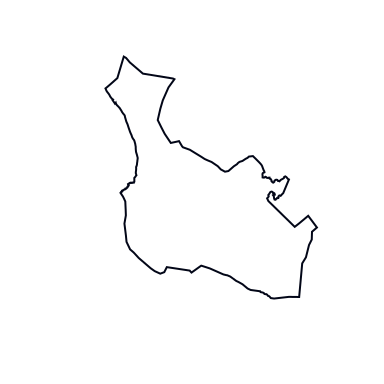 Argungu, Kebbi, Nigeria (Mercator projection), rotated 232°
{"feature_id": "59680162B80605638185127", "entity_name": "Argungu", "entity_type": "district", "adm_level": 2, "iso_a3": "NGA", "parent_name": "Nigeria", "parent_adm1": "Kebbi", "projection": "mercator", "projection_center": [4.517, 12.694], "detail": "fine", "context": "isolated", "style": "outline", "palette": "ink", "viewbox_px": 384, "rotation_deg": 232, "n_neighbors": 0, "source": "geoboundaries", "source_scale": "gbopen_adm2", "svg_char_len": 5157}
<svg xmlns="http://www.w3.org/2000/svg" viewBox="0 0 384 384"><g transform="rotate(232 192 192)"><path d="M184.9,107.9L180.2,108.8L172.7,109.4L157.3,112.5L152.6,113.9L147.2,116.7L145.9,120.8L148.3,125.9L131.5,141.8L129.6,141.9L128.8,142.0L128.3,153.8L128.2,154.0L120.8,159.0L107.7,166.0L105.4,167.8L104.7,168.5L101.8,170.1L94.7,172.1L92.5,173.2L88.2,175.0L81.7,176.4L78.7,177.9L71.8,184.6L70.9,184.4L69.2,185.9L68.1,186.4L67.1,186.3L66.1,187.1L65.7,187.7L64.8,188.0L63.5,187.9L62.2,188.7L59.9,188.8L57.5,191.1L49.7,203.8L43.3,211.8L67.9,234.9L70.4,241.6L78.2,251.6L80.8,257.1L86.8,262.1L87.1,268.6L101.7,268.9L101.3,256.9L101.3,251.5L137.8,246.6L140.8,247.3L140.9,248.2L141.2,249.5L141.5,249.9L142.6,250.2L142.9,251.3L143.2,252.4L143.6,253.1L143.7,254.0L143.2,255.1L142.3,255.5L141.4,255.2L140.8,255.8L140.4,256.1L139.5,255.9L138.9,255.6L139.1,255.1L139.7,254.6L139.7,253.9L138.9,253.9L138.2,253.8L137.3,253.3L136.3,252.7L135.2,252.4L134.5,253.1L134.8,253.8L134.6,254.4L134.9,255.2L134.1,256.3L134.3,256.8L135.3,257.3L135.5,258.7L135.1,259.2L134.4,259.5L134.5,260.3L134.8,261.6L134.9,263.1L142.2,276.1L143.3,275.6L144.6,275.6L145.8,275.5L146.9,275.1L147.1,273.9L146.4,273.0L146.5,271.7L146.9,269.4L146.6,267.5L147.4,267.1L147.7,266.6L148.4,266.6L149.0,266.7L149.8,266.0L150.1,265.3L150.1,264.7L150.1,263.9L149.4,263.2L149.3,262.2L149.4,261.7L150.1,261.5L151.1,261.3L151.6,261.3L152.1,261.8L153.0,261.9L154.1,262.0L154.3,261.6L155.0,261.4L155.4,261.5L155.7,261.8L156.0,261.4L156.2,261.1L156.3,260.4L157.0,259.9L157.4,259.5L158.1,259.6L158.8,259.2L158.9,258.4L158.9,257.8L159.5,257.0L160.0,256.6L161.3,257.6L162.7,258.5L163.2,259.2L163.3,259.9L163.2,260.2L162.9,261.2L163.8,261.7L165.1,261.9L167.7,262.7L169.2,263.2L170.4,263.4L171.8,263.4L174.2,263.2L179.2,262.6L182.8,262.1L184.9,258.6L184.7,256.8L185.1,254.8L185.4,250.9L186.5,247.9L186.5,245.8L186.2,244.6L186.5,240.9L186.1,233.6L187.7,230.5L192.1,228.6L196.5,228.2L203.6,225.9L207.5,223.7L210.2,222.3L214.0,221.0L220.4,218.6L226.6,216.3L232.8,212.4L234.1,212.3L240.1,213.1L240.8,211.5L243.7,205.5L254.7,206.3L261.6,207.6L269.8,209.3L277.1,218.3L282.2,225.4L288.9,237.9L291.7,247.6L293.1,246.9L315.5,226.2L327.4,223.8L332.4,222.8L338.2,222.6L340.7,221.6L327.7,203.3L327.1,193.4L326.9,188.8L326.9,187.8L326.9,187.6L326.4,187.5L325.6,187.2L325.0,187.1L324.3,186.9L323.3,186.8L322.6,186.8L321.4,186.8L320.5,186.8L319.5,186.7L318.8,186.6L318.0,186.4L317.2,186.3L316.2,186.3L315.1,186.3L314.2,186.5L313.5,186.7L313.4,186.0L310.6,185.8L310.1,185.8L309.1,185.7L309.3,186.8L309.1,186.7L308.7,186.6L308.2,186.5L307.8,186.4L307.3,186.3L306.8,186.3L306.5,186.3L306.1,186.4L305.6,186.4L305.1,186.5L304.6,186.6L304.0,186.6L303.4,186.6L302.9,186.7L302.3,186.7L301.8,186.6L301.4,186.6L301.0,186.5L300.5,186.5L299.5,186.4L298.5,186.2L297.9,186.1L297.2,186.1L296.2,186.0L295.5,186.1L294.5,186.1L294.0,186.1L293.7,186.0L293.3,185.9L292.4,185.4L291.4,185.0L287.9,183.6L287.1,183.4L286.7,183.3L286.3,183.2L285.1,182.9L282.4,181.9L281.0,181.4L278.9,180.7L278.1,180.4L277.4,180.2L277.2,180.1L276.7,180.0L276.0,179.8L275.6,179.7L275.2,179.6L274.6,179.5L274.2,179.4L273.8,179.2L273.3,179.1L272.9,178.9L272.4,178.7L271.9,178.6L271.5,178.5L271.0,178.4L270.6,178.4L270.2,178.3L269.6,178.3L269.0,178.3L268.6,178.3L268.2,178.2L267.6,178.0L267.1,177.8L266.6,177.6L265.9,177.3L264.9,176.9L264.2,176.5L263.8,176.3L263.1,175.9L262.3,175.5L261.4,174.8L260.6,174.2L259.5,173.5L258.1,172.6L256.8,172.1L255.0,171.4L253.9,170.9L253.2,170.6L252.5,170.3L251.9,169.9L251.5,169.4L251.0,169.0L250.4,168.3L249.6,167.6L248.7,166.6L247.4,165.4L246.9,164.7L246.5,164.2L246.4,163.8L246.1,163.4L245.9,163.2L245.5,162.9L244.8,162.4L244.2,161.9L243.7,161.4L243.1,160.9L242.6,160.3L242.0,159.8L241.6,159.4L241.4,159.3L241.2,159.2L240.6,159.0L240.0,158.7L239.4,158.5L239.3,157.8L238.9,156.8L238.6,155.2L235.6,152.9L235.2,151.9L235.5,151.8L235.7,151.7L235.8,151.5L235.9,151.3L236.0,151.1L236.0,150.9L236.1,150.7L236.0,150.4L236.1,150.2L236.3,150.0L236.5,150.0L236.6,149.9L236.9,149.8L237.0,149.6L237.1,149.3L237.2,149.2L237.3,149.1L237.3,148.9L237.2,148.8L237.1,148.7L237.2,148.4L237.3,148.3L237.3,148.1L237.4,147.9L237.5,147.9L237.5,147.7L237.4,147.6L237.4,147.4L237.5,147.2L237.4,146.8L237.5,146.7L237.6,146.4L237.4,146.3L237.2,146.2L236.9,146.1L236.8,146.4L236.6,146.4L236.4,146.4L236.2,146.3L236.1,146.2L236.0,145.9L236.2,145.7L236.1,145.4L235.9,145.2L236.0,144.9L236.0,144.7L235.8,144.7L235.7,144.7L235.5,144.4L235.4,144.2L235.3,143.9L235.4,143.6L235.4,143.4L235.3,143.1L235.3,142.8L235.3,142.7L235.2,142.6L235.2,142.4L235.3,142.3L235.4,142.2L235.5,142.0L235.6,141.9L235.4,141.7L235.2,141.4L235.2,141.2L235.3,141.0L235.5,140.9L235.4,140.7L235.5,140.5L235.5,140.4L235.6,140.2L235.6,139.9L235.7,139.7L235.8,139.6L235.8,139.4L235.7,139.3L235.7,139.2L235.8,139.0L235.8,138.9L235.9,138.7L236.0,138.4L236.1,138.1L236.1,137.9L235.8,137.9L235.6,137.8L235.5,137.7L235.7,137.4L235.7,137.2L235.6,136.8L235.5,136.7L235.7,136.4L235.7,136.2L235.4,136.1L235.1,135.9L234.9,135.6L235.0,135.4L235.1,135.1L230.9,134.8L228.5,134.3L225.6,133.6L218.7,128.7L214.3,125.5L208.7,119.3L198.5,113.2L193.0,109.7L184.9,107.9Z" fill="none" stroke="#020617" stroke-width="2"/></g></svg>